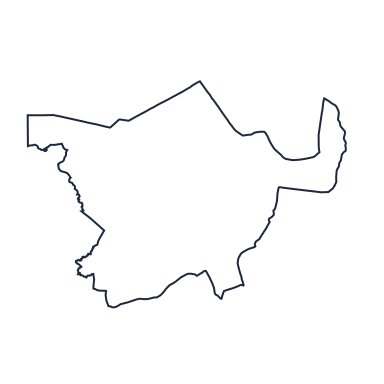 Kota Subulussalam, Aceh, Indonesia (orthographic projection), rotated 84°
{"feature_id": "22746128B20185680371825", "entity_name": "Kota Subulussalam", "entity_type": "district", "adm_level": 2, "iso_a3": "IDN", "parent_name": "Indonesia", "parent_adm1": "Aceh", "projection": "orthographic", "projection_center": [97.94, 2.756], "detail": "fine", "context": "isolated", "style": "outline", "palette": "slate", "viewbox_px": 384, "rotation_deg": 84, "n_neighbors": 0, "source": "geoboundaries", "source_scale": "gbopen_adm2", "svg_char_len": 6009}
<svg xmlns="http://www.w3.org/2000/svg" viewBox="0 0 384 384"><g transform="rotate(84 192 192)"><path d="M98.5,347.4L129.3,350.4L129.2,349.9L128.8,349.2L128.9,345.4L128.6,344.8L128.5,343.6L128.6,343.2L129.4,341.8L130.0,341.1L130.7,340.7L132.0,340.5L132.7,340.2L133.3,338.6L134.4,337.4L134.5,336.1L134.2,335.2L133.6,333.9L134.7,334.7L135.2,334.7L135.6,334.6L135.9,334.0L136.0,333.4L135.5,332.4L135.2,332.1L134.9,332.1L134.3,332.3L133.2,332.3L132.8,331.8L132.8,331.5L130.3,327.7L130.8,323.6L130.4,316.4L134.9,315.1L135.3,314.5L136.0,314.2L136.8,312.8L137.2,311.7L139.5,313.2L141.8,313.3L143.0,313.9L144.2,315.1L146.4,315.9L147.8,316.8L147.9,317.0L149.5,321.2L150.1,321.6L150.1,322.0L150.9,322.3L151.2,322.1L151.5,322.3L151.9,322.1L152.7,322.1L153.8,322.2L155.2,321.9L156.4,321.0L157.1,320.6L157.5,320.2L159.2,316.0L160.2,314.1L162.8,312.3L164.7,311.6L165.0,311.2L166.5,312.7L168.2,313.0L168.6,313.0L169.3,312.7L169.5,312.4L169.8,311.4L170.7,310.0L171.3,309.7L172.1,309.7L173.5,308.1L174.2,307.9L175.0,307.9L176.5,308.3L177.4,307.3L178.4,306.4L179.2,305.9L180.2,305.7L181.3,305.8L182.5,306.5L182.6,305.1L183.1,304.6L183.9,304.5L184.4,304.2L185.0,304.4L185.7,305.4L186.3,306.0L186.6,306.1L186.9,306.2L187.2,305.3L187.6,304.9L188.1,305.0L188.4,305.6L188.7,305.8L189.6,305.8L189.9,305.6L190.9,304.3L191.2,302.8L191.9,302.4L194.3,302.3L194.6,302.4L194.6,302.9L195.3,303.4L196.7,302.7L197.7,302.9L198.1,302.8L198.5,302.2L199.1,301.9L199.3,302.3L199.6,302.6L199.7,303.9L207.6,295.7L221.1,283.4L227.2,287.8L227.6,288.1L231.0,290.4L234.4,291.6L234.9,292.3L234.9,293.5L235.1,293.9L235.5,294.3L235.5,294.6L236.1,295.1L236.1,295.7L237.2,296.0L237.0,296.3L237.7,296.4L238.1,296.7L238.4,297.2L239.0,297.3L239.1,297.5L239.3,297.6L239.6,297.7L239.8,297.8L240.0,297.7L240.1,297.8L240.1,298.1L240.5,298.3L240.6,298.6L241.0,299.0L242.0,299.1L242.4,299.3L242.5,299.3L242.6,299.1L242.8,299.0L243.1,299.4L243.3,299.4L243.2,300.3L242.6,301.4L242.6,301.7L243.4,302.0L243.7,302.0L244.2,302.3L244.2,303.3L244.7,303.4L244.7,303.7L245.2,304.1L245.8,305.3L244.9,306.6L245.0,307.1L245.5,306.9L245.4,307.6L245.8,307.6L246.3,308.2L246.5,308.1L247.0,309.0L247.0,309.3L247.6,309.1L248.4,309.2L248.4,309.7L248.6,310.5L248.4,310.7L248.3,311.3L247.9,311.4L247.7,311.7L248.0,313.2L248.3,313.4L248.4,314.6L249.2,314.8L250.1,314.6L250.6,313.9L251.1,313.8L251.2,313.6L251.7,312.7L252.5,311.7L253.7,310.9L253.9,310.3L255.0,309.9L255.4,311.1L255.7,311.4L256.0,312.6L256.5,312.7L257.1,313.1L257.5,313.6L258.0,313.8L258.7,313.4L259.8,313.4L261.0,313.5L261.9,314.0L262.0,313.4L261.4,312.7L260.8,312.4L260.8,312.1L261.1,311.7L261.4,311.6L262.7,311.7L263.1,311.6L263.1,310.9L263.2,310.4L263.7,309.8L264.0,308.9L264.9,308.3L265.0,307.0L265.6,306.6L266.0,305.9L265.2,305.4L264.2,304.4L264.2,304.0L264.5,303.3L264.5,302.4L264.2,302.2L264.2,301.1L263.2,300.3L263.3,299.3L263.2,298.7L264.7,298.7L269.1,298.5L275.0,299.8L277.8,300.1L278.3,298.6L279.6,296.8L280.4,294.4L281.2,288.4L281.4,287.8L285.5,288.7L291.0,288.5L296.8,287.0L297.2,285.0L298.0,284.1L298.4,282.6L298.6,281.1L297.8,278.1L296.1,274.7L295.1,267.8L293.1,258.7L292.7,255.5L292.9,254.0L293.5,251.3L293.8,248.2L293.7,246.0L292.9,240.4L293.2,238.2L292.1,235.6L291.2,233.8L289.4,231.7L287.6,229.8L285.8,228.2L282.5,224.3L281.8,223.1L281.6,222.2L281.0,220.8L279.7,218.1L275.9,212.2L275.2,210.7L273.3,206.0L272.9,204.1L273.2,201.3L274.3,197.7L274.7,197.1L275.9,195.9L273.9,191.9L273.6,191.0L273.1,190.0L272.2,188.9L271.8,187.1L272.1,186.4L272.9,186.0L278.6,183.6L284.5,181.5L285.5,181.3L286.5,180.9L290.0,180.1L294.1,180.0L295.0,179.9L296.0,179.5L296.8,178.8L297.7,177.3L300.4,175.2L301.1,174.4L301.3,174.0L300.8,173.6L298.7,172.9L293.9,170.6L293.3,168.4L291.8,160.9L290.5,156.0L289.6,153.6L289.5,153.0L289.9,151.4L290.4,150.7L289.9,150.4L286.4,151.0L284.4,151.6L283.3,151.7L282.2,151.7L280.6,151.9L278.9,152.4L273.2,153.4L268.5,154.0L267.5,154.0L264.7,153.4L263.2,152.9L261.4,152.0L260.4,151.1L258.9,150.2L257.9,149.0L257.2,147.8L255.7,144.5L254.5,141.5L253.5,136.5L253.0,135.1L252.8,134.7L250.2,135.0L248.3,133.9L247.5,133.0L246.2,130.4L245.7,129.7L244.6,129.1L243.4,128.0L241.7,126.9L241.2,126.3L239.3,124.9L236.9,122.8L233.7,120.6L232.8,120.0L232.4,119.5L232.0,119.4L230.0,117.9L228.2,118.6L226.8,118.2L226.5,118.0L226.1,117.1L225.1,115.2L223.6,113.3L222.3,112.9L219.0,113.0L218.0,111.7L217.1,111.1L212.6,109.4L210.0,108.5L202.4,107.1L198.2,105.9L196.4,105.1L196.5,103.8L198.2,97.0L205.8,63.5L206.3,56.4L203.1,51.4L201.2,50.1L200.6,49.4L199.5,48.9L198.5,48.2L196.9,47.4L192.5,47.1L186.4,46.0L184.8,45.4L182.8,43.8L181.3,43.1L179.2,42.7L178.0,42.1L176.0,40.6L171.0,39.2L170.0,38.7L168.5,37.2L167.0,34.8L164.0,34.4L161.9,34.7L159.5,33.9L158.5,34.0L155.5,35.3L154.7,35.4L153.7,35.2L150.8,34.1L148.9,33.6L148.0,33.6L147.1,34.0L142.7,37.0L141.7,37.5L138.7,37.6L137.8,37.9L135.8,39.1L134.8,39.2L133.6,38.9L132.0,38.3L130.9,38.3L129.2,37.7L126.8,37.9L124.5,38.6L121.7,39.7L120.8,40.5L118.2,44.0L115.6,46.8L112.7,50.7L115.1,51.6L117.1,52.2L123.9,53.7L127.6,54.8L148.4,60.1L159.9,61.2L162.0,61.3L165.8,61.1L168.1,64.5L168.6,65.0L169.5,66.7L170.0,68.0L170.8,75.3L171.1,81.0L171.0,86.0L170.7,89.2L169.0,94.9L168.7,95.6L167.6,97.1L167.1,97.7L164.4,99.6L159.9,103.8L157.6,105.7L154.2,107.4L150.5,109.1L147.6,110.1L144.2,111.1L143.2,111.8L142.1,112.1L141.0,112.7L139.9,113.6L139.5,114.7L139.2,118.4L139.3,121.4L139.6,123.9L140.7,126.1L141.1,127.1L141.0,130.4L141.2,135.5L139.0,138.3L136.4,141.3L134.3,143.2L130.9,145.3L130.2,145.6L128.0,147.1L126.4,148.0L125.0,148.6L117.0,153.2L108.8,157.6L107.6,158.3L103.1,160.9L101.2,162.2L97.2,164.1L94.3,166.0L82.7,172.6L83.3,174.0L83.6,175.0L85.5,179.3L86.8,181.7L87.7,183.0L88.9,186.0L91.0,190.4L96.7,204.3L97.8,206.8L100.7,214.5L102.1,217.9L104.0,222.1L104.4,223.5L105.6,226.3L106.6,228.4L111.3,240.0L114.2,246.7L114.5,247.6L112.3,256.1L112.3,256.5L112.6,257.3L119.3,266.5L119.3,267.1L117.6,272.2L114.9,279.5L112.5,287.2L110.2,293.8L109.9,294.3L109.9,294.8L103.0,315.3L100.8,322.5L100.9,323.1L100.1,332.0L98.5,347.4Z" fill="none" stroke="#1e293b" stroke-width="2"/></g></svg>